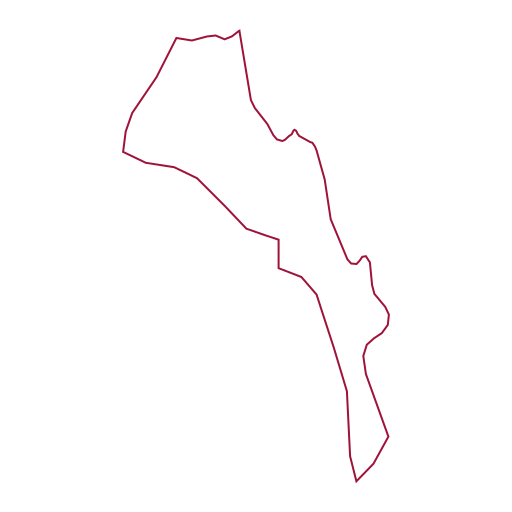 the District of Moroto
{"feature_id": "UGA-3127", "entity_name": "Moroto", "entity_type": "District", "adm_level": 1, "iso_a3": "UGA", "parent_name": "Uganda", "parent_adm1": "", "projection": "natural_earth1", "projection_center": [34.678, 2.605], "detail": "fine", "context": "isolated", "style": "outline", "palette": "rose", "viewbox_px": 512, "rotation_deg": 0, "n_neighbors": 0, "source": "natural_earth", "source_scale": "10m", "svg_char_len": 980}
<svg xmlns="http://www.w3.org/2000/svg" viewBox="0 0 512 512"><path d="M239.4,30.7L239.4,30.8L250.9,100.0L254.8,108.0L267.4,124.1L273.3,135.1L276.9,139.4L282.3,141.0L284.7,140.0L289.2,135.9L290.8,134.9L291.8,134.1L293.5,130.6L294.5,129.8L296.0,130.7L296.9,132.2L297.5,133.8L298.3,134.6L299.1,135.9L310.3,142.1L312.3,142.7L315.0,146.6L316.6,150.6L324.7,179.5L330.7,219.2L347.4,259.3L351.1,263.5L356.5,264.0L359.7,260.6L362.3,256.8L365.9,256.2L369.9,262.4L372.1,285.2L374.4,293.9L385.2,306.8L388.9,314.6L387.8,324.9L381.9,333.0L374.0,338.3L366.8,344.7L363.3,356.0L365.9,374.0L381.2,416.6L388.4,436.6L373.5,463.7L356.4,481.3L350.1,456.3L346.9,391.2L333.7,347.3L322.0,311.4L316.6,294.6L301.4,277.0L278.6,268.2L278.6,239.7L265.3,235.3L246.4,228.7L225.5,206.7L197.0,178.2L174.2,167.2L145.8,162.8L123.1,151.9L125.7,131.5L132.2,113.0L156.5,77.2L176.4,38.0L191.9,40.5L206.9,36.5L215.6,35.5L224.6,39.3L231.9,36.4L239.1,30.8L239.4,30.7Z" fill="none" stroke="#9f1239" stroke-width="2"/></svg>